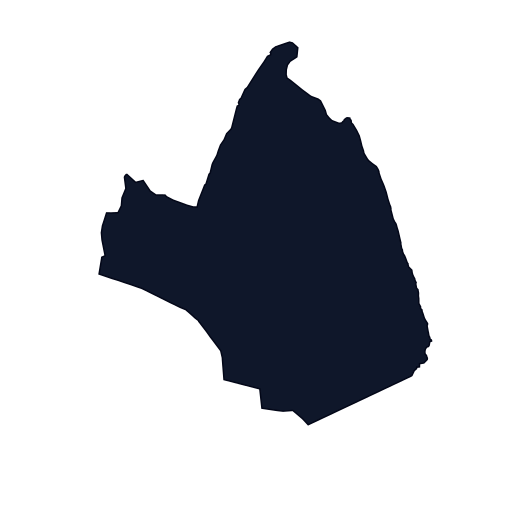 San Lorenzo, Oaxaca, Mexico (Mercator projection), rotated 243°
{"feature_id": "50627088B2703983374094", "entity_name": "San Lorenzo", "entity_type": "district", "adm_level": 2, "iso_a3": "MEX", "parent_name": "Mexico", "parent_adm1": "Oaxaca", "projection": "mercator", "projection_center": [-97.876, 16.418], "detail": "fine", "context": "isolated", "style": "filled", "palette": "ink", "viewbox_px": 512, "rotation_deg": 243, "n_neighbors": 0, "source": "geoboundaries", "source_scale": "gbopen_adm2", "svg_char_len": 3397}
<svg xmlns="http://www.w3.org/2000/svg" viewBox="0 0 512 512"><g transform="rotate(243 256 256)"><path d="M82.0,225.9L78.6,339.4L78.7,340.6L82.0,344.9L82.8,347.9L84.0,348.7L83.9,348.8L83.0,351.3L85.8,352.8L84.5,357.0L85.9,361.2L86.2,361.7L87.2,362.3L88.6,362.4L90.1,362.7L91.8,362.2L93.2,362.6L94.7,363.4L96.0,364.5L96.8,365.6L97.4,367.4L97.1,368.3L97.5,369.4L98.8,370.5L100.2,371.5L100.7,372.2L100.5,373.8L101.0,374.0L101.6,374.1L102.6,373.6L103.3,373.4L104.4,373.8L104.9,373.9L105.1,373.7L106.0,373.8L107.7,374.2L109.1,374.7L110.4,375.0L112.4,375.6L116.0,376.7L116.4,376.8L116.8,377.5L118.0,378.2L122.2,377.8L124.1,377.8L124.4,377.8L127.9,378.4L129.2,378.6L131.2,378.8L132.0,379.1L132.5,379.4L134.6,378.8L136.1,379.6L139.5,379.5L140.4,379.8L141.8,380.5L144.2,381.7L146.8,382.6L147.3,382.9L149.3,384.0L151.4,384.6L152.4,385.0L152.8,384.9L154.6,384.4L155.0,384.6L156.4,385.0L158.7,385.7L159.6,386.6L162.1,386.6L163.2,386.9L163.8,387.1L165.2,387.0L165.7,387.0L168.0,387.1L170.1,387.5L172.7,388.4L176.1,387.3L176.9,387.0L179.3,387.5L180.0,387.9L180.3,387.9L181.4,387.7L186.3,388.3L189.2,388.5L190.2,388.3L190.4,388.2L193.6,388.6L195.0,389.2L196.9,389.2L197.4,389.4L199.7,390.1L201.2,390.5L201.8,391.0L206.0,392.0L209.6,392.9L213.2,393.8L213.5,393.9L217.6,394.6L219.4,395.0L219.8,395.1L221.5,395.3L223.4,395.0L226.9,395.1L234.9,396.9L235.7,397.0L236.9,397.7L238.9,398.3L241.0,398.4L247.2,399.4L247.5,399.5L253.7,400.9L260.1,401.8L262.4,402.0L267.8,402.3L275.1,403.4L275.1,403.7L276.8,404.0L278.5,404.0L281.1,403.8L285.5,401.5L289.9,399.6L292.0,399.2L296.7,398.9L298.6,398.8L301.0,399.5L306.0,400.2L311.3,401.5L316.2,402.5L322.3,402.6L329.2,402.1L331.2,401.4L333.8,402.3L335.0,401.9L336.3,402.2L337.6,400.3L337.9,399.3L337.4,396.6L336.6,395.9L336.3,394.3L335.6,392.8L336.5,390.2L341.0,386.1L342.3,385.0L344.3,384.3L346.2,383.7L350.0,382.9L354.3,383.8L364.9,383.9L367.6,382.6L372.8,377.8L374.0,377.0L382.9,372.6L396.8,366.4L400.5,364.4L404.0,365.2L408.3,367.6L412.0,370.8L413.4,373.6L414.0,374.5L414.9,382.8L422.6,387.8L429.3,385.2L431.3,383.0L431.9,379.2L433.4,368.6L432.8,364.7L430.9,361.1L429.8,361.2L428.6,360.3L428.7,356.9L425.4,351.5L420.8,342.9L418.5,338.9L410.1,324.8L409.4,321.9L405.5,317.0L403.3,314.3L402.9,312.5L400.5,309.9L398.9,309.9L398.0,308.9L398.1,307.4L395.6,305.1L381.3,292.6L380.3,291.2L378.3,285.4L374.0,280.3L371.0,274.8L366.7,270.1L364.0,267.5L363.9,267.4L363.0,266.3L358.7,260.0L357.4,258.5L350.7,252.8L350.2,251.3L342.8,244.1L342.5,242.5L339.9,239.6L331.5,230.1L326.4,225.8L328.0,222.5L332.6,217.5L343.4,207.5L349.0,203.5L349.8,203.1L351.6,202.6L355.8,194.5L362.0,191.2L374.5,189.7L376.2,182.2L387.3,178.0L387.5,177.3L386.6,175.2L385.8,174.5L375.2,170.7L368.6,163.0L361.8,158.8L357.2,152.7L360.0,146.6L362.2,142.4L356.7,137.0L352.6,132.9L346.9,128.8L340.2,126.1L324.7,121.7L324.9,118.0L323.8,117.3L311.2,108.0L301.3,117.6L296.9,122.2L294.4,124.6L291.5,127.4L290.6,128.3L287.3,131.6L281.4,137.2L279.5,139.1L278.8,139.7L277.1,141.0L269.3,146.8L256.2,156.5L254.0,158.1L253.6,158.4L253.2,158.7L250.5,160.8L244.6,165.2L239.6,169.5L239.2,169.4L236.9,170.4L232.8,172.0L228.5,173.6L224.7,175.4L223.6,175.3L222.4,175.6L210.9,177.7L204.6,178.6L200.9,179.3L187.6,181.6L180.5,179.8L179.2,179.2L167.4,174.3L160.4,171.4L145.6,188.1L135.9,199.1L117.7,192.2L113.0,198.8L108.8,204.7L105.5,209.7L101.7,218.7L90.0,223.6L82.0,225.9Z" fill="#0f172a" stroke="#020617" stroke-width="1.5"/></g></svg>